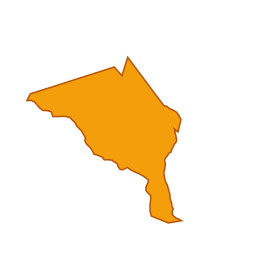 the district of Tacaimbó, Pernambuco, Brazil, rotated 127°
{"feature_id": "56859067B67838199851802", "entity_name": "Tacaimbó", "entity_type": "district", "adm_level": 2, "iso_a3": "BRA", "parent_name": "Brazil", "parent_adm1": "Pernambuco", "projection": "equal_earth", "projection_center": [-36.247, -8.34], "detail": "fine", "context": "isolated", "style": "filled", "palette": "amber", "viewbox_px": 256, "rotation_deg": 127, "n_neighbors": 0, "source": "geoboundaries", "source_scale": "gbopen_adm2", "svg_char_len": 1455}
<svg xmlns="http://www.w3.org/2000/svg" viewBox="0 0 256 256"><g transform="rotate(127 128 128)"><path d="M71.7,170.8L76.5,169.1L89.9,164.3L87.6,175.7L109.5,191.2L131.0,206.4L139.6,212.4L143.7,215.3L145.9,217.0L159.5,226.6L167.0,225.2L164.1,221.7L163.5,217.9L165.2,210.6L165.2,206.5L162.8,203.0L161.2,199.3L164.1,194.9L159.8,189.2L158.3,187.6L156.4,184.9L154.5,180.5L155.1,178.1L155.5,174.2L157.4,169.6L157.9,165.8L158.5,162.8L159.6,160.5L160.7,157.6L162.3,155.3L164.1,155.0L165.8,151.6L166.1,148.4L166.7,145.5L167.8,142.4L169.4,139.4L168.0,136.0L166.8,130.8L167.7,127.8L165.3,124.8L163.5,121.6L163.3,118.6L163.0,115.1L164.8,112.8L165.8,109.4L164.4,106.9L159.8,104.7L159.9,101.7L159.6,99.1L159.0,95.9L158.1,92.6L157.3,87.5L157.1,84.8L157.2,80.4L160.0,79.0L162.6,78.6L165.0,77.9L167.2,75.9L168.1,72.0L168.4,69.2L171.4,66.9L173.9,65.5L176.2,64.1L178.0,62.8L181.8,59.6L184.3,56.3L179.5,38.6L169.8,29.4L170.2,32.4L171.0,35.5L170.9,38.3L170.2,40.7L168.1,42.6L165.5,43.0L163.9,46.1L161.4,48.2L160.1,50.6L158.2,52.6L155.5,54.9L153.2,58.1L151.2,60.6L149.7,62.6L148.2,65.9L146.0,68.6L143.7,71.0L141.6,72.8L139.0,73.8L136.4,75.4L133.9,76.7L132.3,78.9L130.6,79.8L126.0,79.9L123.3,80.2L121.6,79.2L119.5,79.9L113.1,81.3L110.4,81.1L108.3,81.9L105.3,85.2L100.8,90.4L101.2,85.7L89.5,90.7L87.3,94.8L86.2,99.1L86.5,102.3L87.4,106.2L87.4,110.1L88.5,112.8L84.1,128.2L80.5,140.7L78.0,149.2L75.7,157.1L71.7,170.8Z" fill="#f59e0b" stroke="#b45309" stroke-width="1.5"/></g></svg>